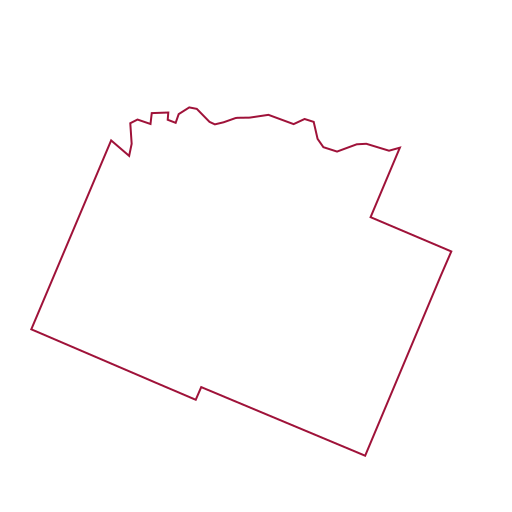 the district of Burleigh, North Dakota, United States of America, rotated 113°
{"feature_id": "52423323B75133574344854", "entity_name": "Burleigh", "entity_type": "district", "adm_level": 2, "iso_a3": "USA", "parent_name": "United States of America", "parent_adm1": "North Dakota", "projection": "orthographic", "projection_center": [-100.714, 46.981], "detail": "fine", "context": "isolated", "style": "outline", "palette": "rose", "viewbox_px": 512, "rotation_deg": 113, "n_neighbors": 0, "source": "geoboundaries", "source_scale": "gbopen_adm2", "svg_char_len": 630}
<svg xmlns="http://www.w3.org/2000/svg" viewBox="0 0 512 512"><g transform="rotate(113 256 256)"><path d="M397.2,77.5L202.0,78.2L175.5,78.0L175.5,165.7L100.1,165.9L107.1,174.7L109.6,198.3L113.8,206.9L128.2,222.2L129.5,236.5L124.1,245.1L110.0,255.3L110.9,264.8L119.9,272.9L121.2,299.7L131.1,315.9L136.0,327.0L137.0,328.7L145.6,338.1L150.9,345.3L150.7,351.2L143.7,368.0L145.3,375.5L155.6,382.6L164.8,382.0L165.1,390.5L158.2,392.8L165.2,407.8L175.7,404.7L176.7,418.4L182.9,423.6L201.3,414.3L213.4,411.9L206.2,434.5L411.3,434.2L411.8,300.1L411.9,255.3L398.1,255.2L397.2,77.5Z" fill="none" stroke="#9f1239" stroke-width="2"/></g></svg>